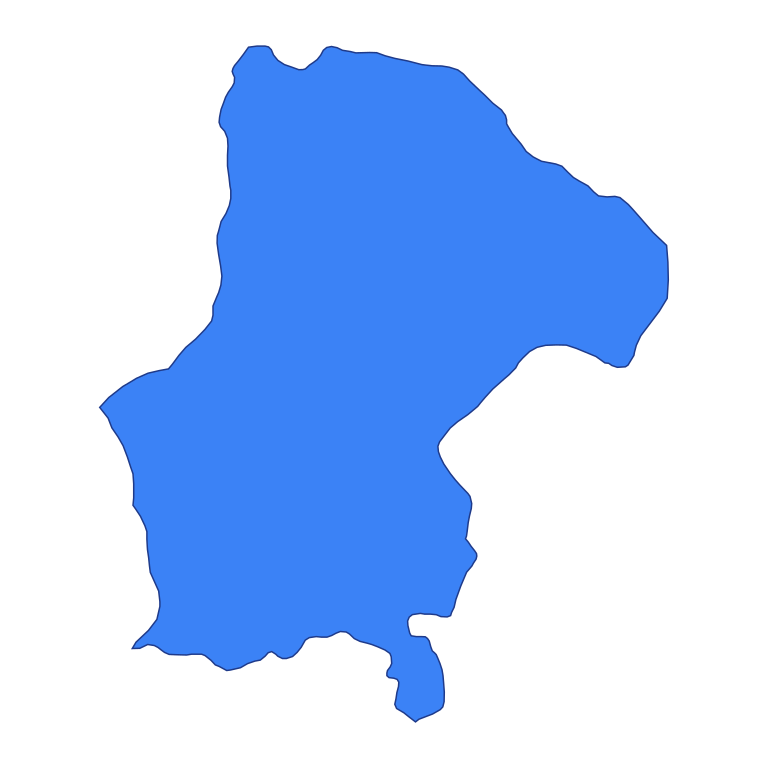 Trashiding, Daga, Bhutan
{"feature_id": "84629894B27572863852317", "entity_name": "Trashiding", "entity_type": "district", "adm_level": 2, "iso_a3": "BTN", "parent_name": "Bhutan", "parent_adm1": "Daga", "projection": "albers", "projection_center": [89.999, 26.91], "detail": "fine", "context": "isolated", "style": "filled", "palette": "blue", "viewbox_px": 768, "rotation_deg": 0, "n_neighbors": 0, "source": "geoboundaries", "source_scale": "gbopen_adm2", "svg_char_len": 3874}
<svg xmlns="http://www.w3.org/2000/svg" viewBox="0 0 768 768"><path d="M666.6,245.4L653.0,232.5L641.7,219.5L633.7,210.4L628.3,204.5L620.0,197.6L614.9,196.4L607.1,196.9L598.5,195.9L593.6,191.8L588.0,185.9L579.5,181.2L573.4,177.5L567.7,172.1L561.9,166.2L555.8,164.0L541.6,161.3L536.5,158.7L533.1,156.9L526.2,151.5L521.1,144.1L512.3,133.6L508.2,126.7L506.6,123.8L506.6,119.9L505.4,115.4L503.3,112.6L501.5,110.0L492.7,103.1L484.9,95.3L479.5,90.3L469.7,81.0L463.5,74.1L457.8,69.9L449.2,67.2L441.8,66.0L432.4,65.8L425.8,65.1L421.9,64.6L407.9,61.0L394.9,58.4L385.2,55.8L376.7,52.7L369.8,52.5L355.9,52.9L350.1,51.5L342.5,50.3L337.1,47.7L331.5,46.5L326.7,47.5L323.3,50.3L320.7,55.2L317.2,59.6L313.2,62.6L309.6,65.0L305.4,68.9L302.8,69.6L298.8,69.7L291.4,67.0L284.4,64.6L277.9,60.4L273.5,55.0L271.3,49.7L268.5,46.9L265.1,46.1L256.9,46.1L248.5,47.2L243.4,54.4L238.2,61.2L234.6,65.5L233.0,68.4L232.2,71.4L233.2,74.4L234.6,77.3L234.2,82.9L232.3,86.6L228.3,92.3L225.6,97.2L223.3,103.6L221.1,109.4L219.6,117.0L219.1,122.3L220.6,126.7L224.7,131.3L227.5,138.2L228.0,146.1L227.5,155.4L227.5,166.0L228.6,174.1L229.0,177.0L230.0,186.2L230.8,190.3L230.8,198.5L229.3,205.6L226.0,213.5L221.1,221.5L219.9,226.3L218.4,231.9L217.3,235.5L217.1,243.2L218.6,254.2L220.6,265.9L221.9,276.1L220.9,285.1L218.7,292.5L216.8,296.8L213.0,306.0L213.0,315.2L211.6,321.0L204.9,329.5L195.5,339.2L185.8,347.4L179.0,355.3L172.4,364.2L168.5,368.9L159.2,370.6L148.0,373.2L136.5,378.3L130.4,382.0L122.8,386.5L108.8,397.5L99.7,407.4L108.1,418.1L111.9,427.9L118.0,436.8L123.1,445.7L127.4,457.0L130.7,467.2L133.0,473.8L133.7,483.8L133.7,497.9L133.0,505.3L135.5,508.8L140.4,516.2L144.9,525.7L146.9,531.6L146.9,539.2L147.3,546.8L147.5,549.7L148.7,558.1L149.5,566.1L150.3,572.4L154.8,582.4L158.7,591.1L159.9,601.8L159.9,606.4L156.9,619.4L148.5,630.4L136.0,642.2L132.3,648.5L139.8,648.3L147.7,644.5L154.3,645.5L158.1,647.5L160.6,649.5L164.5,652.4L169.1,654.4L175.9,654.7L179.4,654.8L186.6,655.0L191.5,654.2L201.6,654.2L205.1,655.6L211.0,660.3L215.3,664.9L219.1,666.4L226.7,670.5L230.5,670.0L240.5,667.7L247.6,663.6L254.9,661.1L260.3,660.1L265.1,656.2L268.2,652.7L271.7,651.6L275.8,654.2L277.8,656.2L282.4,658.5L286.4,658.5L292.6,656.5L297.1,652.4L301.2,647.3L305.3,640.1L309.3,637.6L316.2,636.6L321.3,637.1L327.1,637.1L331.7,635.5L336.0,633.2L340.3,631.5L346.2,632.0L349.5,634.0L354.3,638.6L360.1,641.4L367.3,643.2L371.8,644.5L378.0,646.9L385.0,650.0L389.9,653.4L391.2,656.7L391.7,663.5L390.2,666.9L387.5,670.5L386.9,673.0L386.9,675.7L389.0,677.6L393.9,678.2L397.2,679.4L398.8,682.2L398.5,686.5L396.9,692.6L396.0,698.7L394.8,704.3L396.6,708.5L403.9,712.8L408.5,716.5L415.5,721.9L419.0,719.2L432.6,714.0L440.3,709.6L442.8,706.9L444.1,701.7L444.3,692.1L443.6,682.7L443.0,675.6L442.0,669.7L440.0,663.6L437.7,658.0L436.2,654.6L434.5,652.8L432.3,650.9L430.8,646.9L429.2,641.0L427.5,638.5L425.3,636.8L421.3,636.6L416.3,636.6L411.2,635.8L409.7,633.1L407.9,625.5L407.6,621.0L409.2,617.1L412.4,614.6L420.4,613.4L424.6,614.1L430.2,614.1L436.3,614.7L440.9,616.6L447.2,616.9L450.6,615.6L451.6,612.4L454.1,607.3L455.9,599.5L460.7,586.2L466.6,572.2L471.9,566.0L473.4,563.2L476.1,559.1L476.8,556.1L476.5,553.6L474.6,550.7L471.1,546.3L468.2,542.0L465.5,538.8L466.5,536.1L467.2,531.1L468.2,522.7L469.5,515.9L471.3,508.5L471.7,503.5L470.0,496.4L468.0,493.6L459.8,485.0L455.3,479.9L450.3,473.6L443.8,464.0L440.3,457.0L438.4,451.6L437.9,446.3L439.6,441.8L445.1,434.6L450.2,428.0L457.7,421.6L467.7,414.7L477.7,406.4L480.2,403.2L485.2,397.3L492.8,389.0L504.2,378.9L509.2,374.6L512.2,371.5L515.7,368.0L518.4,362.9L522.9,357.9L529.6,351.5L537.1,347.3L545.7,345.3L556.4,344.9L566.4,345.1L576.4,348.4L596.0,356.5L604.9,362.9L608.7,363.3L611.9,365.5L617.3,367.3L625.4,366.8L628.0,365.1L633.9,355.4L634.5,352.1L636.3,345.3L640.8,335.7L659.3,311.2L667.2,298.3L668.3,279.9L667.9,262.1L666.6,245.4Z" fill="#3b82f6" stroke="#1e3a8a" stroke-width="1.5"/></svg>